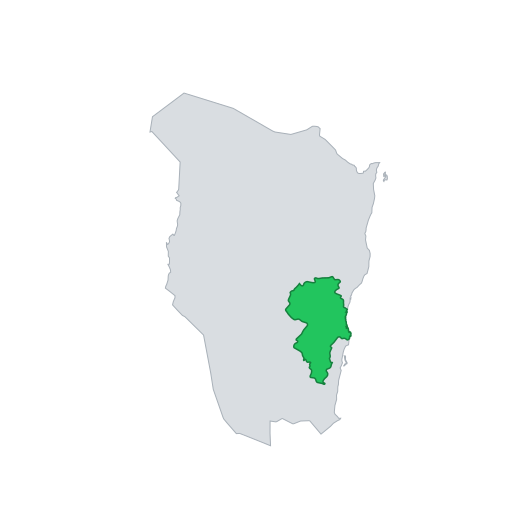 Al Madinah highlighted on a map of Saudi Arabia, rotated 219°
{"feature_id": "SAU-845", "entity_name": "Al Madinah", "entity_type": "Region", "adm_level": 1, "iso_a3": "SAU", "parent_name": "Saudi Arabia", "parent_adm1": "", "projection": "natural_earth1", "projection_center": [39.015, 24.943], "detail": "fine", "context": "in_parent", "style": "filled", "palette": "green", "viewbox_px": 512, "rotation_deg": 219, "n_neighbors": 0, "source": "natural_earth", "source_scale": "10m", "svg_char_len": 9370}
<svg xmlns="http://www.w3.org/2000/svg" viewBox="0 0 512 512"><g transform="rotate(219 256 256)"><path d="M366.6,356.4L321.7,363.6L319.3,364.3L305.4,372.4L296.0,385.9L293.8,392.3L292.7,393.3L290.8,394.6L289.0,395.5L286.3,395.3L283.1,390.4L282.2,389.4L281.5,389.3L275.5,390.1L262.9,388.7L260.8,388.4L258.1,386.7L257.4,386.4L256.6,386.3L250.1,386.2L246.9,386.8L243.8,386.6L240.6,386.9L239.5,387.5L238.2,387.5L237.4,388.0L236.7,388.3L235.9,387.8L234.9,387.9L233.4,387.5L232.5,386.4L231.5,385.5L230.6,385.0L229.5,384.6L228.6,384.6L227.5,385.2L226.8,385.8L225.0,387.6L224.9,388.3L225.7,389.4L225.5,389.9L224.4,390.6L224.1,392.3L224.0,393.3L223.8,395.6L224.3,397.4L224.9,398.0L225.0,398.8L224.6,400.4L223.7,400.9L223.0,402.3L222.5,403.0L221.8,403.8L218.7,406.4L218.6,404.9L217.6,402.7L217.5,401.1L217.1,399.5L216.2,398.2L214.7,397.0L214.6,395.2L213.4,393.5L211.9,392.1L211.1,389.6L210.5,386.2L206.5,381.7L201.6,377.6L200.1,375.3L197.7,370.5L196.4,366.8L193.2,362.5L193.0,360.8L192.5,358.8L191.8,356.5L191.3,354.8L188.0,347.0L187.0,345.7L186.0,344.0L185.8,342.7L185.5,341.9L183.2,340.7L181.0,337.4L174.6,332.2L171.4,331.7L168.9,329.8L167.0,327.4L165.1,323.2L161.6,318.7L158.7,312.3L159.6,309.9L159.5,308.3L158.6,305.5L157.7,303.4L157.0,301.4L157.5,298.5L157.7,295.2L158.3,293.5L158.7,291.6L158.2,287.8L157.2,285.7L157.3,284.4L156.2,283.7L155.3,282.2L156.2,282.3L154.5,280.2L153.9,279.1L153.3,276.3L152.5,274.2L149.9,269.3L148.6,266.4L145.8,262.6L142.8,259.8L140.9,258.5L139.9,257.4L138.4,257.3L136.6,255.7L135.4,255.6L133.9,255.3L132.2,252.1L130.7,249.1L128.2,245.2L128.8,244.2L129.6,242.5L129.2,240.4L128.8,238.9L127.7,236.2L124.1,229.5L123.2,228.5L121.6,227.4L120.7,224.5L120.2,221.9L117.8,220.7L113.5,211.3L111.1,208.0L110.1,205.8L107.3,202.2L105.9,198.6L103.1,195.3L100.6,189.5L96.8,183.8L95.2,182.8L91.3,182.4L89.6,181.9L88.1,183.2L87.9,181.6L89.0,179.4L90.6,174.7L90.9,170.7L93.4,158.5L110.2,161.7L111.0,161.5L117.5,155.8L121.1,149.4L121.9,148.7L133.1,146.3L133.5,146.0L135.7,140.2L136.0,139.9L136.3,139.5L141.2,136.6L133.4,126.9L125.3,117.7L156.6,108.0L157.1,107.8L159.5,105.6L173.2,108.0L178.6,109.1L180.3,110.0L205.3,125.5L217.7,136.7L246.8,161.4L247.2,161.6L273.1,164.1L275.8,163.5L282.9,164.4L290.1,165.5L291.5,168.4L292.1,170.4L292.6,172.4L294.0,174.2L300.0,174.2L306.2,174.0L307.1,175.8L307.5,177.6L309.2,181.9L311.6,185.2L312.2,186.4L312.6,188.2L312.3,188.9L312.1,189.7L313.9,191.5L316.8,193.1L317.9,193.5L319.2,194.1L318.2,195.2L320.0,197.6L322.0,200.1L324.1,200.7L327.0,204.4L331.3,206.8L334.0,210.0L333.8,210.1L333.0,209.7L332.0,209.3L331.8,209.7L331.8,211.0L332.1,212.6L333.5,214.0L334.7,214.9L335.2,216.8L334.4,220.7L334.0,220.7L333.4,220.4L332.7,220.3L332.4,220.5L333.2,223.4L334.1,225.6L335.1,227.3L335.9,229.9L336.6,231.0L339.4,233.7L340.3,235.9L341.2,240.1L343.0,242.5L344.0,244.3L345.3,245.8L346.2,247.9L347.4,249.5L348.0,249.9L348.9,250.1L350.0,250.1L351.3,249.7L352.8,249.3L353.9,250.1L355.1,250.0L355.2,250.7L354.4,251.8L353.6,254.4L354.9,254.8L356.2,255.0L357.2,255.4L357.7,255.4L357.7,256.0L357.8,258.4L358.2,259.4L374.1,281.3L415.1,287.2L415.3,287.2L416.4,285.6L424.1,299.1L414.5,337.3L366.6,356.4ZM205.6,399.9L206.8,400.0L206.3,399.4L206.2,399.1L206.7,398.2L208.5,400.0L208.5,402.2L208.3,402.6L207.8,402.2L207.5,401.7L207.4,401.2L206.9,400.7L205.2,401.1L204.1,400.5L202.5,398.7L202.1,397.4L202.8,397.1L203.5,396.5L203.9,395.5L203.5,394.4L204.4,394.6L204.9,395.7L205.0,398.2L205.2,398.7L204.9,399.2L205.6,399.9ZM123.8,234.5L123.4,234.5L122.3,233.2L121.6,232.2L120.9,231.6L117.9,230.3L117.5,229.5L118.0,228.6L118.3,229.5L118.8,229.9L121.4,231.1L124.2,233.7L124.6,233.9L123.8,234.5ZM118.9,228.2L118.8,228.4L118.1,227.8L118.2,226.3L118.8,225.4L118.7,226.6L119.0,227.7L118.9,228.2Z" fill="#d9dde1" stroke="#a8b0b8" stroke-width="1"/><path d="M151.5,272.0L151.4,271.6L151.4,271.1L151.3,270.6L151.2,270.3L151.0,270.0L150.9,269.8L150.8,269.5L150.8,269.1L150.4,269.4L150.1,269.3L150.2,269.6L150.3,269.7L150.7,269.9L150.7,270.0L150.2,270.0L149.8,269.6L149.8,268.7L149.1,267.7L148.7,266.4L148.6,265.9L148.5,265.5L148.4,265.0L148.2,264.7L147.9,264.5L147.6,264.4L147.4,264.3L147.4,264.0L147.2,263.6L147.0,263.4L146.8,263.3L146.5,263.2L146.3,263.1L146.1,262.9L146.0,262.6L145.7,262.3L145.6,262.2L145.3,261.9L145.0,261.8L144.8,261.8L144.4,261.5L144.2,261.4L143.9,261.0L143.6,260.6L143.2,260.3L143.0,260.1L142.5,259.5L142.3,259.5L142.2,259.4L142.1,259.5L141.9,259.6L141.6,259.3L141.3,259.1L140.7,258.7L140.2,258.2L140.3,258.0L140.6,257.8L140.9,257.7L140.6,257.6L140.3,257.8L140.1,257.6L140.3,257.2L140.4,256.9L140.2,256.9L140.1,257.0L139.9,257.0L139.9,257.3L140.0,257.5L140.0,257.8L139.9,258.0L139.6,257.9L139.1,258.0L138.3,257.4L138.1,257.2L137.5,256.7L137.4,256.3L137.2,256.1L136.9,256.0L136.6,255.8L136.4,255.6L136.1,255.3L135.7,255.3L135.3,255.5L135.2,255.8L135.3,256.2L134.6,256.2L134.4,255.9L134.0,255.7L133.6,255.8L133.3,255.4L133.0,254.9L132.7,254.4L132.1,253.9L131.9,253.2L132.1,252.8L132.5,253.1L132.7,252.8L132.6,252.5L131.4,250.6L131.6,249.3L131.7,249.0L131.9,248.6L132.2,248.3L132.5,248.2L132.8,248.1L134.1,248.1L134.7,248.0L135.1,247.9L135.5,247.7L135.9,247.4L136.2,247.0L136.7,246.4L137.0,246.0L137.4,245.8L137.7,245.7L138.1,245.8L138.8,245.9L139.6,245.9L140.0,245.9L140.3,245.7L140.7,245.3L141.0,244.9L141.2,244.5L141.3,244.2L141.1,237.9L141.6,233.6L141.6,233.2L141.5,232.9L141.3,232.6L141.1,232.5L140.7,232.4L139.7,232.4L139.4,232.3L139.3,232.2L139.2,231.8L138.6,229.5L138.1,228.0L137.9,227.5L137.7,227.1L137.4,226.8L135.3,224.9L135.1,224.5L134.9,224.1L134.7,223.7L134.5,222.7L134.4,222.6L134.1,222.3L131.3,220.5L130.9,220.5L130.6,220.6L130.0,221.1L129.7,221.2L129.5,220.6L129.4,219.9L129.1,219.1L128.2,217.1L128.1,216.6L128.1,216.3L128.1,215.9L128.2,215.5L128.5,214.7L129.5,213.0L129.6,212.7L129.7,212.3L129.6,211.8L129.5,211.3L129.2,211.0L128.9,210.8L127.0,210.2L126.7,210.0L126.3,209.8L126.0,209.4L125.7,209.0L125.5,208.7L125.3,208.3L125.2,207.8L125.2,207.4L125.1,206.6L125.5,204.0L125.5,202.9L125.5,202.4L125.3,201.3L125.1,200.9L125.0,200.7L124.8,200.4L124.5,200.2L124.2,200.1L123.7,200.1L122.7,200.3L122.3,200.3L122.1,200.1L122.0,199.8L122.1,199.4L122.4,199.1L122.7,199.0L124.5,198.5L128.6,196.4L129.0,196.3L129.4,196.3L129.9,196.4L130.6,196.7L131.9,197.6L132.4,197.8L133.1,197.9L133.4,198.0L133.8,197.9L134.1,197.8L137.1,196.0L137.4,196.0L137.7,196.1L138.1,196.4L138.3,196.8L138.5,197.1L138.9,198.8L139.2,199.6L139.5,200.3L140.4,201.7L140.8,202.1L141.2,202.3L141.9,202.5L143.5,202.5L143.8,202.6L144.2,202.7L144.4,202.9L144.6,203.2L144.6,203.4L144.6,203.5L144.6,203.8L144.6,204.1L144.7,204.4L145.0,204.7L146.0,205.4L146.2,205.7L146.3,206.0L146.3,206.4L146.3,206.8L146.3,207.2L146.4,207.5L146.8,207.6L147.3,207.5L147.7,207.2L149.1,205.9L149.3,205.8L149.7,205.8L150.0,205.8L150.6,206.0L151.7,206.6L152.1,206.7L152.5,206.7L152.9,206.5L153.0,206.2L152.9,205.9L152.9,205.5L152.9,205.2L153.1,204.9L153.4,205.0L153.7,205.3L153.9,205.7L154.2,206.5L154.5,206.8L155.1,207.1L157.1,207.9L159.0,209.5L159.6,209.7L160.4,209.8L162.0,209.8L168.6,208.7L168.9,208.8L169.3,209.0L169.6,209.3L170.1,210.1L170.4,210.9L170.5,211.3L170.5,211.8L170.5,212.2L170.4,212.9L170.3,213.1L169.7,214.3L169.5,214.9L169.6,215.3L169.7,215.7L170.0,216.0L170.4,216.2L170.7,216.2L171.5,216.0L171.9,216.0L172.2,216.4L172.4,216.7L172.4,217.2L171.5,223.6L171.5,224.2L171.6,224.6L172.1,226.7L172.4,228.6L172.3,233.7L172.3,234.2L172.5,234.7L172.7,235.0L173.0,235.3L173.2,235.5L173.5,235.6L173.8,235.8L174.2,235.8L174.5,235.8L174.9,235.7L178.8,234.2L179.6,234.1L181.5,234.1L182.2,234.1L182.6,234.0L182.9,233.9L183.1,233.8L183.4,233.6L183.7,233.4L184.0,233.0L185.2,231.4L185.5,231.1L185.9,230.8L186.5,230.6L186.9,230.5L189.7,230.4L194.1,231.1L195.5,231.5L195.9,231.7L198.0,232.2L198.7,232.5L199.0,232.7L199.3,233.1L199.4,233.6L199.4,234.0L199.2,239.0L199.2,239.4L199.4,239.8L199.7,240.4L200.0,240.7L200.4,240.9L202.5,241.5L202.9,241.8L203.2,242.3L203.5,243.1L204.4,246.7L204.7,247.5L204.9,247.8L205.1,248.1L206.5,249.2L206.5,249.9L206.4,250.7L206.2,251.3L205.4,252.4L205.1,252.8L205.0,253.2L205.0,253.4L205.1,253.6L205.3,254.2L205.3,254.7L205.3,255.4L205.0,256.8L204.8,260.1L204.9,261.9L202.8,261.5L201.8,261.6L201.4,261.8L201.1,262.0L200.9,262.4L200.8,262.8L200.8,263.2L201.3,264.4L201.3,264.8L201.4,265.2L201.3,266.0L201.2,266.5L201.0,267.0L200.6,267.7L200.2,268.2L199.8,268.5L197.0,269.9L194.9,271.1L194.2,271.7L193.7,272.3L193.6,272.8L193.7,273.2L193.9,273.5L194.3,273.8L196.0,274.8L196.3,275.1L196.4,275.6L196.2,276.1L195.9,276.5L195.6,276.7L193.7,277.4L193.3,277.8L192.8,278.2L190.6,280.7L186.0,284.6L185.4,285.4L184.3,287.4L183.8,287.9L183.5,288.1L183.1,288.1L180.6,287.3L180.2,287.2L179.7,287.3L179.1,287.8L177.5,289.3L177.1,289.5L176.6,289.7L176.3,289.7L175.9,289.7L174.9,289.5L174.5,289.3L174.3,289.0L174.2,288.6L174.3,288.2L174.4,287.5L174.5,286.6L174.5,286.2L174.4,285.8L174.3,285.4L174.0,285.1L173.7,284.7L173.4,284.5L172.9,284.2L171.9,283.9L171.6,283.7L171.3,283.4L171.3,283.0L171.4,282.6L172.3,280.4L172.3,280.0L172.4,279.1L172.4,278.5L172.4,278.2L172.3,277.8L172.1,277.5L171.8,277.2L171.4,277.1L171.1,277.1L169.6,277.3L166.2,278.4L165.0,278.7L164.6,278.5L164.4,278.2L164.4,277.4L164.3,277.0L164.1,276.7L163.8,276.5L163.3,276.5L161.6,276.9L161.0,276.9L160.5,276.8L160.1,276.5L159.7,276.2L158.5,274.6L157.2,273.3L157.0,273.1L156.3,271.9L156.0,271.6L155.6,271.4L155.1,271.5L154.0,271.8L152.0,271.9L151.5,272.0Z" fill="#22c55e" stroke="#15803d" stroke-width="1.5"/></g></svg>